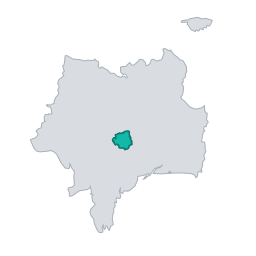 Indre on a map of France (Mercator projection), rotated 262°
{"feature_id": "FRA-5309", "entity_name": "Indre", "entity_type": "Metropolitan department", "adm_level": 1, "iso_a3": "FRA", "parent_name": "France", "parent_adm1": "", "projection": "mercator", "projection_center": [1.588, 46.82], "detail": "fine", "context": "in_parent", "style": "filled", "palette": "teal", "viewbox_px": 256, "rotation_deg": 262, "n_neighbors": 0, "source": "natural_earth", "source_scale": "10m", "svg_char_len": 5873}
<svg xmlns="http://www.w3.org/2000/svg" viewBox="0 0 256 256"><g transform="rotate(262 128 128)"><path d="M200.9,104.7L199.2,105.7L198.2,107.6L197.1,108.0L195.1,108.0L194.2,106.9L191.9,107.6L190.9,108.8L192.3,110.3L187.7,116.4L184.7,118.0L184.1,121.9L180.6,124.9L179.3,128.0L179.2,128.6L180.1,129.6L179.7,131.6L177.9,132.9L177.9,134.2L178.4,134.4L181.1,133.3L182.2,132.1L181.6,130.5L184.3,128.5L189.2,129.0L189.7,131.7L189.1,133.9L192.6,138.7L189.6,140.9L189.4,142.4L192.5,147.2L194.4,149.2L193.4,152.4L190.1,154.5L188.0,154.3L187.1,154.8L187.2,155.8L188.7,158.7L192.2,160.5L192.7,162.7L191.8,163.5L190.1,166.8L190.8,168.4L190.6,169.1L190.9,170.2L191.8,171.3L196.8,174.0L201.2,173.5L201.8,175.1L199.0,179.3L199.2,181.2L197.8,181.3L197.6,181.9L194.8,183.3L190.4,187.6L188.3,188.8L187.5,191.0L186.3,192.2L180.0,194.6L178.8,194.0L175.7,194.1L173.8,192.6L170.1,191.6L168.9,189.4L165.4,188.9L165.2,187.4L160.4,188.8L153.6,186.8L151.2,184.6L149.2,185.2L147.4,187.1L140.1,192.3L137.2,197.6L137.7,203.8L139.4,206.8L134.9,206.3L132.3,207.2L131.6,208.5L125.3,207.0L123.0,208.2L122.3,208.1L121.5,206.9L118.4,205.4L118.9,204.4L118.4,203.5L115.5,202.8L114.5,203.7L113.4,201.9L105.2,199.1L103.9,199.1L103.4,201.9L98.1,201.8L97.4,201.3L94.0,201.9L90.4,199.3L86.4,199.8L83.9,197.1L81.5,196.9L78.2,195.6L76.6,194.8L76.4,194.0L75.4,195.2L74.2,195.0L73.9,194.6L74.7,193.1L74.9,191.4L70.7,190.1L69.5,188.8L69.5,188.2L71.8,187.6L73.8,185.2L75.8,176.3L77.2,165.8L78.2,163.8L79.5,163.3L78.5,161.8L77.2,163.7L78.0,154.0L79.5,146.6L83.0,149.6L83.9,150.9L84.9,155.3L86.9,157.1L85.6,155.4L84.3,149.5L83.5,147.9L77.9,142.9L77.7,141.8L80.2,142.4L79.2,138.7L78.6,130.9L75.1,130.2L69.6,126.8L65.8,120.8L65.4,118.6L66.4,116.2L65.5,114.7L63.9,113.6L65.1,111.5L66.3,111.3L70.2,112.5L67.0,110.6L61.7,111.2L59.6,110.5L59.3,109.1L60.7,107.3L58.9,106.1L55.9,106.4L55.5,105.9L56.4,104.5L55.7,104.1L53.2,104.6L51.8,104.1L50.5,102.6L46.5,102.3L45.6,101.4L40.1,99.7L34.4,100.0L32.8,96.9L29.3,95.4L29.9,94.5L33.5,93.6L34.1,92.7L31.6,91.5L30.7,90.2L35.4,89.9L33.2,88.6L28.7,88.7L28.1,86.8L28.7,84.9L31.3,83.3L37.9,81.4L42.7,81.3L46.1,79.2L49.5,78.6L52.6,79.6L57.0,85.0L60.4,82.7L65.5,82.7L66.6,84.1L68.0,81.6L69.1,83.0L75.4,82.6L73.9,81.6L72.7,79.3L72.5,70.9L69.3,64.7L68.5,62.5L68.7,60.5L72.4,60.9L75.5,60.0L77.0,60.6L77.4,64.6L78.7,66.9L87.3,67.6L92.3,68.9L96.5,66.6L100.4,65.6L100.7,65.1L98.5,65.3L96.4,64.3L96.1,63.3L97.2,60.1L103.2,56.7L112.0,53.7L114.2,51.8L116.8,48.2L116.2,47.3L116.6,37.5L117.9,34.3L121.3,32.0L129.8,29.6L130.9,32.7L130.8,34.5L133.1,37.3L134.2,38.1L138.0,36.6L139.7,39.2L140.3,42.1L144.8,43.3L146.1,47.0L146.9,46.2L149.7,46.4L151.0,46.7L152.9,48.3L152.3,50.6L153.1,51.7L152.3,53.7L152.9,54.6L158.0,54.6L159.6,53.7L160.3,51.6L161.9,50.4L162.4,50.7L161.5,54.6L162.2,55.6L162.5,58.3L164.5,58.5L168.3,60.7L171.5,64.3L175.4,63.7L178.5,65.7L181.7,64.6L184.7,65.7L185.8,66.8L188.6,71.8L190.8,70.8L192.3,71.4L192.8,72.8L198.6,72.0L199.6,73.4L200.8,73.9L208.2,75.8L208.2,77.6L204.0,82.9L202.2,90.4L200.9,93.0L200.5,94.9L200.8,96.2L200.6,98.2L199.7,103.1L200.2,104.5L200.9,104.7ZM226.9,199.7L226.6,202.5L227.6,204.5L227.9,212.5L225.8,216.3L225.5,220.9L222.8,226.4L218.8,224.0L217.5,222.6L218.6,220.5L216.3,219.4L216.9,217.3L216.6,216.3L214.9,216.2L214.9,215.7L216.1,214.1L216.1,213.1L214.5,211.9L214.2,210.8L215.7,209.6L215.0,208.4L214.2,208.2L216.2,204.5L217.6,203.4L220.8,202.4L222.2,201.1L224.2,201.8L224.6,201.4L225.3,195.6L226.0,195.6L226.7,196.3L226.9,199.7ZM78.1,139.1L77.6,140.9L75.5,137.9L75.2,136.2L78.1,139.1Z" fill="#d9dde1" stroke="#a8b0b8" stroke-width="1"/><path d="M112.8,115.5L112.9,115.3L113.0,114.8L113.4,114.8L113.5,114.7L113.6,114.3L113.5,113.8L113.3,113.4L113.1,113.1L114.5,112.3L115.1,112.1L115.9,112.3L116.0,111.9L116.2,111.6L116.5,111.6L116.8,111.7L116.9,111.2L117.0,111.1L117.4,111.2L117.7,111.3L117.9,111.3L118.6,111.0L120.2,112.4L120.3,113.0L120.1,113.5L119.3,114.3L119.6,114.4L120.9,114.8L121.2,114.8L121.7,114.5L122.0,114.4L122.7,114.5L123.0,114.6L123.2,114.8L123.2,115.0L123.2,115.4L123.1,115.8L123.1,116.0L123.5,116.5L123.8,116.9L123.8,117.3L123.6,117.8L123.6,118.1L123.7,118.4L124.2,118.7L124.3,118.9L124.3,119.1L123.8,119.6L123.7,119.9L123.6,120.2L123.5,120.6L123.6,120.9L123.7,121.0L123.9,121.1L124.0,121.3L124.1,121.5L123.6,122.1L123.4,122.3L123.4,122.5L123.5,122.7L123.7,122.8L124.2,122.9L124.4,123.0L124.5,123.2L124.5,123.4L124.5,123.6L124.5,123.8L124.6,124.0L124.9,124.1L125.1,124.3L125.1,124.6L125.1,125.0L125.0,125.3L124.7,125.9L124.7,126.1L124.8,126.2L125.0,126.4L125.1,126.6L125.2,127.1L125.2,127.3L125.2,127.6L125.0,127.8L124.7,128.1L124.5,128.4L124.4,128.7L123.9,128.8L123.5,128.6L122.7,128.6L122.3,128.5L122.1,128.4L120.8,128.4L120.7,128.4L120.6,128.5L120.3,128.7L120.1,128.7L119.8,128.6L119.5,128.2L119.4,128.1L119.2,128.1L119.1,128.3L119.0,128.6L119.0,128.9L119.0,129.0L118.9,129.1L118.7,129.2L118.1,129.1L117.9,129.1L117.8,129.3L117.6,129.4L117.5,129.5L117.3,129.5L117.1,129.5L117.0,129.4L116.9,129.2L116.7,128.9L116.4,129.0L116.2,129.0L116.0,128.9L115.9,128.9L115.7,128.9L114.8,129.9L114.3,130.1L113.7,129.7L113.5,129.3L113.4,129.2L113.2,129.2L113.0,129.3L112.9,129.4L112.9,129.6L112.6,129.7L112.0,129.8L111.8,129.8L111.6,129.8L111.4,129.6L111.2,129.6L111.0,129.4L111.3,128.6L111.1,128.3L110.8,128.2L110.7,128.1L110.5,127.8L110.5,127.7L110.6,127.2L110.5,126.9L110.4,126.8L110.3,126.6L110.2,126.5L110.0,126.4L109.1,126.4L108.9,126.4L108.8,126.2L108.8,125.9L108.7,125.8L108.3,125.7L108.0,125.5L107.6,125.2L107.4,124.8L107.3,124.5L107.2,124.2L107.2,123.8L107.3,123.7L107.3,123.4L107.4,123.1L107.3,122.8L107.2,122.5L107.1,122.3L106.9,122.0L107.4,121.7L107.7,122.2L108.3,121.9L108.6,121.0L109.0,118.7L109.0,118.3L109.1,118.1L109.3,118.0L109.4,117.7L109.3,117.2L109.6,116.7L109.9,116.4L110.7,116.2L111.0,116.3L111.6,116.6L111.8,116.6L112.3,116.1L112.6,115.5L112.7,115.4L112.8,115.5L112.8,115.5Z" fill="#14b8a6" stroke="#0f766e" stroke-width="1.5"/></g></svg>